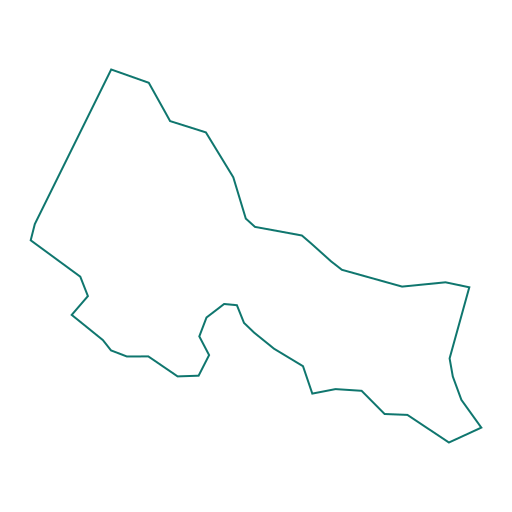 Goochland, Virginia, United States of America
{"feature_id": "52423323B67419476336365", "entity_name": "Goochland", "entity_type": "district", "adm_level": 2, "iso_a3": "USA", "parent_name": "United States of America", "parent_adm1": "Virginia", "projection": "equal_earth", "projection_center": [-77.893, 37.734], "detail": "fine", "context": "isolated", "style": "outline", "palette": "teal", "viewbox_px": 512, "rotation_deg": 0, "n_neighbors": 0, "source": "geoboundaries", "source_scale": "gbopen_adm2", "svg_char_len": 671}
<svg xmlns="http://www.w3.org/2000/svg" viewBox="0 0 512 512"><path d="M30.7,240.3L80.3,276.7L87.9,296.1L71.7,314.9L102.9,340.1L111.0,350.4L126.9,356.5L148.3,356.4L177.6,376.4L198.6,375.7L209.1,355.1L199.3,336.4L206.5,317.5L224.1,304.0L236.9,305.2L244.0,322.9L254.1,332.6L274.0,348.7L303.0,366.2L312.3,393.6L335.5,389.1L361.6,390.8L384.6,414.0L407.4,414.9L448.9,442.5L481.3,427.6L461.4,399.9L452.8,376.5L449.6,358.4L469.3,287.3L445.5,282.3L402.1,286.6L341.9,269.8L331.0,261.3L311.2,243.5L301.9,235.5L255.0,226.9L245.8,218.6L233.3,177.3L205.9,132.4L170.1,121.1L165.3,112.4L148.8,82.8L111.2,69.5L34.8,224.1L30.7,240.3Z" fill="none" stroke="#0f766e" stroke-width="2"/></svg>